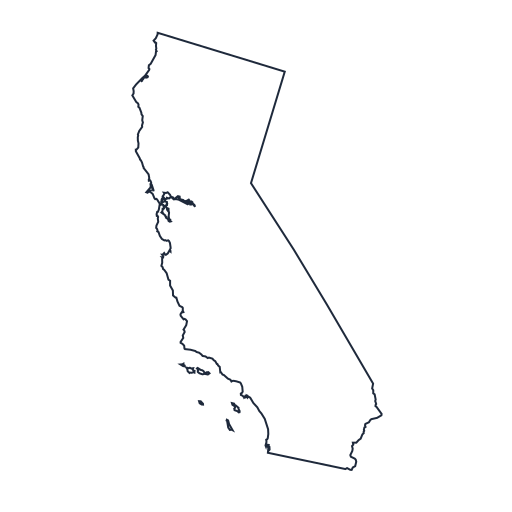 SVG path tracing the border of California, rotated 17°
{"feature_id": "USA-3521", "entity_name": "California", "entity_type": "State", "adm_level": 1, "iso_a3": "USA", "parent_name": "United States of America", "parent_adm1": "", "projection": "robinson", "projection_center": [-120.441, 37.266], "detail": "fine", "context": "isolated", "style": "outline", "palette": "slate", "viewbox_px": 512, "rotation_deg": 17, "n_neighbors": 0, "source": "natural_earth", "source_scale": "10m", "svg_char_len": 6121}
<svg xmlns="http://www.w3.org/2000/svg" viewBox="0 0 512 512"><g transform="rotate(17 256 256)"><path d="M403.8,433.6L324.9,440.7L324.0,436.2L323.5,435.3L321.6,434.7L321.5,434.2L322.2,433.6L323.4,434.1L325.2,438.0L325.6,437.2L324.6,434.5L323.1,433.5L323.2,433.0L322.0,433.1L321.1,433.8L321.2,435.3L320.5,434.4L320.4,430.8L319.5,428.7L320.3,428.0L320.5,426.8L319.8,422.6L318.2,418.1L312.0,409.2L307.2,405.0L304.5,403.3L301.5,400.3L296.5,397.4L291.9,393.2L288.9,392.4L289.6,393.3L289.4,393.7L288.5,392.1L287.4,392.3L286.7,392.7L286.8,394.3L286.2,394.8L283.9,393.5L282.2,393.3L281.7,392.0L282.7,390.8L282.9,389.6L281.1,385.1L278.8,382.3L277.8,381.6L273.8,381.6L271.1,381.9L269.9,382.4L269.2,383.2L267.7,381.8L265.0,381.5L260.0,379.2L258.7,379.2L256.1,377.2L255.8,377.5L253.7,372.6L251.8,371.8L250.7,370.6L250.1,370.7L247.8,368.5L246.0,368.0L244.4,366.9L240.7,366.9L239.7,367.7L237.1,366.8L234.1,367.2L232.7,366.2L229.8,365.1L227.2,365.2L225.8,364.6L220.6,364.8L215.3,365.8L214.7,365.5L213.5,362.7L211.3,361.5L209.3,361.1L209.0,360.2L210.4,355.6L209.2,353.4L210.0,349.5L209.1,348.1L208.2,347.6L209.5,342.6L209.1,338.5L207.1,337.2L205.7,337.1L205.2,337.7L201.5,335.2L200.9,334.2L200.9,333.3L202.0,329.9L202.2,331.4L203.0,330.9L201.9,329.5L201.2,327.1L200.5,326.5L197.4,326.0L194.2,322.5L192.0,319.1L191.2,319.3L188.2,318.0L186.6,313.3L182.5,309.4L181.1,304.8L179.2,304.2L175.6,298.6L172.3,296.1L170.9,295.6L170.0,294.0L168.4,293.1L168.3,289.9L167.0,286.0L167.1,285.0L166.6,284.7L167.6,284.5L167.4,283.3L165.9,282.2L166.3,282.1L167.3,280.0L168.9,281.4L169.5,281.2L170.9,279.3L171.6,276.1L172.9,276.7L172.7,276.1L171.7,275.6L172.1,273.5L171.6,272.3L169.9,268.7L168.4,267.1L167.4,266.7L166.2,267.6L164.6,267.4L163.8,267.9L161.0,267.2L158.2,264.9L155.8,261.6L154.4,261.3L154.5,260.6L153.5,259.1L152.3,258.3L151.9,256.0L152.5,251.9L151.1,248.8L151.0,247.3L150.0,246.3L149.4,246.6L148.7,245.1L148.6,242.7L149.3,242.4L149.5,239.9L148.9,235.4L149.9,235.0L150.2,234.2L152.4,234.3L154.1,237.4L153.8,238.0L152.9,238.2L153.4,240.3L153.1,241.2L154.1,241.9L153.4,242.3L157.4,243.7L157.7,244.5L159.0,245.0L158.8,245.7L161.1,246.5L162.2,248.1L163.5,248.4L164.4,247.8L163.8,247.5L163.4,246.3L162.4,246.2L161.9,245.7L160.8,243.3L160.2,240.0L159.3,238.6L158.8,238.2L158.6,238.6L157.4,237.7L157.1,236.9L158.7,236.9L158.5,236.3L156.4,236.1L155.9,235.5L154.8,235.4L155.1,234.5L154.6,234.4L156.0,233.4L155.8,232.2L155.4,232.3L155.4,231.3L155.0,230.4L153.0,230.5L153.1,230.0L151.7,228.2L152.8,228.6L152.9,228.0L154.0,227.3L153.8,226.4L156.0,226.4L156.7,225.3L158.3,224.6L160.8,225.9L162.9,225.0L165.5,224.7L175.5,226.5L175.8,226.2L174.6,225.6L175.8,225.0L176.2,223.6L178.2,223.0L179.0,223.3L179.2,224.0L178.9,224.4L177.8,224.4L177.4,225.1L178.0,226.0L179.0,225.7L179.4,224.3L183.4,226.7L182.1,225.1L180.1,224.3L179.4,223.1L178.3,222.7L175.9,223.2L175.3,224.9L173.9,225.7L172.7,225.4L172.7,224.5L174.7,223.2L175.8,221.1L173.7,223.4L171.9,224.4L170.5,224.0L168.9,224.8L167.9,224.6L168.5,223.8L166.5,223.9L165.1,223.0L166.0,222.5L165.6,221.5L163.8,221.6L161.4,225.2L160.5,225.2L159.7,224.3L157.2,224.1L155.9,222.6L152.9,220.9L151.6,222.0L149.4,222.4L149.9,222.8L150.1,223.9L149.3,226.2L151.2,227.4L149.7,228.0L150.1,229.1L149.3,229.2L149.3,229.8L151.4,231.5L150.8,232.2L150.2,231.3L149.5,231.0L149.5,231.8L150.1,232.3L150.4,233.4L148.5,234.0L144.8,230.8L143.9,230.5L143.0,231.1L142.1,230.6L139.1,226.9L135.9,225.5L135.6,224.9L136.0,224.3L135.1,224.5L135.5,225.7L134.1,226.3L134.0,226.9L134.6,227.2L132.5,227.1L135.1,221.2L134.6,219.1L133.6,217.4L139.0,224.0L138.8,223.1L135.5,218.4L134.5,217.6L134.3,216.5L133.4,215.3L132.6,214.6L131.5,215.3L131.1,214.3L131.2,212.8L129.4,209.3L122.8,204.7L122.6,203.9L121.9,203.4L119.7,200.0L117.9,198.1L116.9,197.7L116.4,196.7L110.5,191.0L110.0,189.5L110.5,189.4L111.7,186.7L110.7,182.6L109.3,180.2L108.2,176.9L108.1,175.2L107.5,174.3L107.8,170.5L109.4,165.8L108.8,164.5L108.8,161.4L107.5,159.4L106.8,155.3L105.1,154.0L104.4,152.4L101.2,148.3L99.8,147.7L99.5,145.8L98.6,144.6L96.4,143.7L90.8,138.6L91.4,136.4L90.8,134.1L89.5,131.6L91.2,127.0L95.1,119.4L95.4,119.7L94.4,121.7L95.5,122.2L95.9,121.6L95.7,120.2L96.3,119.9L96.9,117.8L98.9,117.5L100.0,116.8L100.2,116.1L99.6,115.5L97.9,115.4L96.4,118.4L95.6,119.4L95.3,119.1L97.2,115.9L99.4,109.4L99.4,108.4L98.3,107.7L97.8,104.9L99.1,103.0L101.2,93.2L100.6,89.8L101.1,89.2L100.0,88.1L100.0,86.7L98.9,84.3L98.3,81.5L97.4,81.1L97.0,81.4L95.1,80.0L96.5,77.1L97.1,72.8L96.7,71.3L229.6,71.3L229.9,187.8L290.3,238.9L338.2,281.9L405.3,343.8L405.8,348.7L407.4,350.1L408.3,353.1L409.9,353.6L412.4,358.3L412.4,359.8L414.2,362.4L413.9,363.6L414.2,364.7L415.3,365.0L422.3,370.3L422.5,371.7L419.1,375.4L414.0,378.3L413.2,379.6L412.6,382.0L409.7,384.6L409.7,385.9L410.7,387.4L409.8,388.3L410.0,390.8L410.6,391.5L410.3,392.8L410.8,393.9L409.9,395.5L409.5,400.1L408.0,402.0L406.5,405.2L403.2,406.2L404.2,407.9L403.4,409.7L404.8,412.0L405.1,414.3L404.4,418.8L405.4,420.2L409.7,420.9L410.9,421.6L412.0,423.4L412.3,428.0L410.4,429.9L410.0,432.6L408.6,432.9L405.1,432.2L403.8,433.6ZM245.8,381.8L244.6,383.4L241.4,383.7L239.4,384.8L236.2,384.7L234.3,383.9L233.9,382.8L234.2,381.9L232.4,380.8L232.9,380.1L236.5,381.1L238.1,381.0L239.6,381.5L240.5,382.4L242.2,382.6L242.8,382.4L242.9,381.6L244.4,381.0L245.8,381.8ZM228.7,381.7L228.6,383.0L229.9,384.0L230.8,383.8L231.2,385.5L230.2,385.4L228.6,386.5L226.9,386.8L226.6,387.3L224.4,386.2L223.3,384.2L222.0,383.1L224.6,382.9L225.4,382.2L227.0,382.5L228.7,381.7ZM279.9,406.0L277.0,405.2L276.0,403.7L278.2,403.6L279.5,405.0L280.2,404.8L283.7,406.3L283.8,407.1L285.7,409.1L285.9,410.2L285.2,410.6L283.6,409.8L280.6,409.7L279.8,408.3L280.3,407.3L279.9,406.0ZM279.4,424.6L284.5,429.4L283.4,429.2L281.9,430.0L279.6,428.2L276.4,421.8L276.0,421.8L276.0,421.1L277.4,421.4L279.4,424.6ZM245.6,411.1L248.5,412.8L248.8,413.6L247.5,413.9L245.2,413.3L244.0,411.5L245.6,411.1ZM218.5,381.3L219.8,381.6L220.1,382.4L218.4,382.6L215.5,381.8L217.3,381.1L218.1,380.2L218.5,381.3ZM288.0,392.4L288.4,392.7L287.7,392.9L288.0,393.8L287.3,394.3L287.2,393.8L287.7,393.6L287.6,393.0L286.9,393.8L287.0,393.1L288.0,392.4Z" fill="none" stroke="#1e293b" stroke-width="2"/></g></svg>